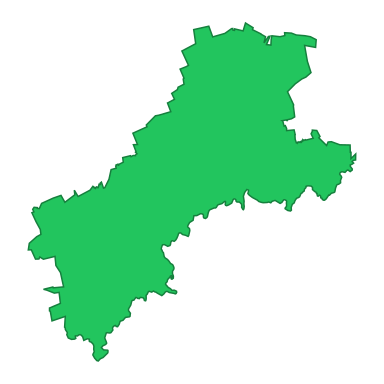 outline of Dr Kenneth Kaunda, North West, South Africa
{"feature_id": "47623444B93741575558004", "entity_name": "Dr Kenneth Kaunda", "entity_type": "district", "adm_level": 2, "iso_a3": "ZAF", "parent_name": "South Africa", "parent_adm1": "North West", "projection": "natural_earth1", "projection_center": [26.683, -26.884], "detail": "fine", "context": "isolated", "style": "filled", "palette": "green", "viewbox_px": 384, "rotation_deg": 0, "n_neighbors": 0, "source": "geoboundaries", "source_scale": "gbopen_adm2", "svg_char_len": 5996}
<svg xmlns="http://www.w3.org/2000/svg" viewBox="0 0 384 384"><path d="M224.9,33.4L212.7,36.9L208.8,26.2L193.7,29.6L195.7,43.7L181.9,51.0L188.5,65.4L186.1,66.7L180.1,69.1L184.0,78.2L183.2,79.0L184.0,84.2L178.1,87.2L177.4,89.6L171.7,93.4L174.5,99.3L167.5,103.0L170.8,111.7L158.8,115.2L155.4,115.8L146.3,125.0L147.0,126.8L132.9,133.2L137.5,144.5L133.4,144.7L136.1,151.8L135.5,152.2L137.0,153.8L135.0,155.4L135.1,155.6L133.2,155.5L131.0,156.7L130.5,155.7L122.7,157.6L123.3,162.2L118.4,164.6L118.8,165.8L117.9,164.2L116.1,165.0L116.4,165.7L115.7,166.1L116.2,168.2L111.1,169.6L109.0,179.2L104.8,187.7L103.5,188.1L101.4,182.1L100.2,183.1L100.2,184.4L99.1,184.2L98.2,187.5L97.0,187.0L96.9,187.5L96.2,187.1L95.3,188.5L94.0,187.7L94.3,187.3L92.9,186.3L90.0,190.2L78.1,196.5L74.3,190.2L74.8,194.8L64.9,202.3L61.0,195.4L53.2,198.1L41.6,203.4L39.3,208.6L37.3,208.4L37.3,207.6L34.1,207.3L32.7,209.3L33.9,211.9L31.9,212.7L36.0,221.6L40.3,229.5L40.9,234.4L36.7,236.7L29.3,243.3L28.3,249.9L31.3,249.8L35.5,259.1L38.9,259.0L39.8,257.0L43.4,259.2L55.0,256.4L55.9,265.5L60.5,272.6L63.6,286.9L53.2,287.8L52.9,287.0L43.5,289.3L46.7,290.1L54.3,293.1L59.1,292.4L60.4,303.4L49.5,308.0L49.5,310.9L50.3,311.3L52.0,320.9L65.3,316.4L64.6,327.2L65.1,327.5L65.4,329.6L67.2,332.4L67.3,333.0L66.8,334.7L68.3,338.0L71.5,339.4L74.6,339.1L75.8,338.4L75.3,336.8L75.4,335.9L77.6,335.9L78.6,335.0L80.0,334.6L81.3,335.2L82.7,336.8L83.8,340.4L87.2,338.8L89.4,339.2L89.2,340.9L89.5,341.5L91.3,342.2L93.3,344.4L93.9,346.4L93.7,349.2L94.2,351.7L93.0,354.2L92.9,355.0L94.6,358.1L96.8,360.6L98.3,361.0L100.3,358.8L103.1,357.5L107.6,353.1L107.9,352.4L108.0,350.7L107.7,350.2L103.6,349.9L101.4,347.6L102.9,345.8L105.6,344.5L106.6,343.4L106.5,342.4L104.7,337.9L106.3,332.9L106.9,332.7L109.9,333.0L111.0,332.6L112.9,330.0L112.5,328.4L112.7,327.3L114.4,325.7L115.5,325.5L116.2,326.5L117.6,326.7L119.2,324.3L120.0,321.6L120.3,321.2L123.0,320.3L125.5,317.4L129.5,316.8L130.0,316.4L130.4,313.2L128.6,310.8L128.5,309.0L130.8,305.0L131.7,301.3L132.3,300.4L133.9,300.1L135.8,297.5L136.6,297.6L137.7,298.4L139.4,298.6L140.2,297.5L140.9,297.4L143.3,297.9L143.9,298.7L144.4,300.5L145.6,300.8L146.0,300.0L146.2,298.2L146.1,295.4L147.4,293.9L148.1,292.1L149.1,291.3L151.7,292.1L153.5,291.0L154.8,291.9L156.1,292.2L157.1,293.0L161.8,295.6L163.8,294.0L165.4,291.9L166.5,291.4L167.7,291.6L169.2,292.5L174.0,293.4L175.3,293.9L176.1,293.5L176.7,292.3L176.5,291.2L174.4,290.2L171.9,290.3L170.5,288.7L168.2,287.4L165.6,284.3L165.8,283.1L167.1,281.8L167.6,279.6L170.1,276.9L170.4,276.1L171.4,275.7L171.9,276.2L171.9,277.1L171.0,278.2L171.3,279.0L172.0,279.2L173.3,278.2L173.4,276.1L172.5,273.7L172.5,271.7L172.6,271.1L173.8,269.2L174.0,268.0L173.5,266.3L172.6,264.6L170.6,263.5L168.5,260.5L167.0,259.1L165.2,258.0L164.2,256.6L163.4,252.6L162.5,251.7L162.0,250.1L161.3,249.2L161.3,248.3L162.2,245.4L162.7,244.7L164.7,244.7L167.7,246.3L170.0,245.5L170.5,244.4L170.8,242.2L171.7,240.9L172.3,240.7L174.2,241.3L175.6,240.2L176.7,238.5L178.0,235.5L178.4,234.0L179.1,233.0L180.7,232.9L182.5,234.5L185.6,235.3L188.1,236.4L188.7,235.5L189.8,230.7L189.6,228.9L189.1,228.2L188.1,227.5L187.7,226.5L187.8,225.7L189.6,222.5L193.1,220.3L193.9,215.7L196.8,215.6L200.5,213.7L202.1,213.9L202.8,214.2L203.4,215.1L203.4,217.0L203.8,217.9L205.4,218.5L206.7,217.7L207.4,216.7L208.3,212.6L209.1,210.6L209.8,209.8L214.0,208.0L215.4,208.0L216.3,207.4L217.4,205.5L218.2,204.7L222.0,203.6L224.5,201.5L225.3,201.4L225.6,201.9L225.2,204.5L225.6,205.3L226.7,205.7L228.7,204.9L231.7,203.1L233.2,199.5L234.1,198.9L234.9,199.0L235.9,199.8L236.0,201.1L236.9,202.0L239.5,202.1L241.4,204.0L241.7,205.5L241.6,207.3L242.9,209.5L243.4,209.7L243.9,208.8L244.2,206.5L243.9,203.7L244.1,201.2L243.4,196.3L244.6,192.6L246.8,189.5L248.5,190.1L248.5,190.8L247.9,193.6L249.3,195.2L252.4,197.5L257.4,200.2L258.8,201.5L261.2,202.3L263.1,202.7L267.2,202.5L268.6,202.0L270.8,202.8L272.1,201.3L275.1,200.4L280.1,203.4L281.8,202.5L283.6,199.9L284.5,199.7L285.5,200.1L286.3,200.6L286.6,201.2L286.4,203.2L286.6,205.1L286.4,206.6L285.3,207.7L285.1,208.7L287.8,210.5L290.5,211.0L291.4,210.2L291.2,207.5L292.3,204.3L294.2,202.9L295.0,200.6L296.2,198.8L297.1,198.0L298.4,197.6L299.6,196.8L301.0,193.5L302.3,192.8L302.9,191.9L304.2,191.0L304.5,189.1L305.8,187.8L306.0,187.3L305.9,186.5L306.2,186.2L308.2,185.8L311.2,186.1L312.5,187.4L312.5,189.6L314.9,191.7L315.8,192.0L316.5,193.4L317.1,193.5L317.0,194.3L317.5,196.0L318.4,196.1L319.1,195.3L319.7,195.2L320.5,195.9L320.8,197.9L322.0,198.3L322.3,199.5L323.5,200.2L324.6,200.2L326.2,198.9L328.8,195.0L329.5,195.2L331.3,193.3L334.0,192.5L334.8,191.9L335.6,187.9L336.7,185.1L337.2,184.6L338.7,184.2L340.6,182.8L340.5,180.4L341.7,177.3L341.2,176.1L339.7,174.3L339.7,173.7L340.3,172.5L341.9,171.7L345.0,172.4L346.9,170.4L347.9,170.0L350.2,171.6L352.2,170.1L352.3,169.0L350.3,166.4L350.2,165.0L351.8,164.4L353.6,163.1L352.1,161.6L353.4,160.3L355.6,160.0L355.7,154.0L351.0,158.6L351.0,152.3L350.3,152.3L350.1,145.0L339.9,144.8L331.4,141.7L328.1,142.0L326.6,145.5L318.8,137.8L320.0,136.5L316.8,130.5L312.3,130.1L312.3,131.3L311.1,133.8L313.2,138.3L305.8,140.1L305.4,139.7L304.8,140.1L303.6,139.9L303.3,140.1L303.5,140.6L302.6,140.8L302.5,140.5L302.4,140.9L302.1,140.8L302.1,141.4L301.5,142.1L301.3,141.7L300.7,142.2L300.5,141.7L299.6,142.3L298.9,141.8L297.9,142.6L297.6,142.4L297.5,142.8L297.3,142.5L296.4,142.9L295.2,139.4L294.9,134.8L295.2,134.7L294.1,129.9L286.6,130.6L286.6,128.4L285.3,125.6L284.1,126.1L282.7,120.9L282.3,120.7L286.0,120.0L287.6,121.0L286.7,119.9L291.5,118.8L294.7,116.9L293.4,106.3L293.6,104.8L287.5,91.7L295.3,83.8L301.8,79.0L305.9,77.1L311.0,72.6L307.4,61.4L304.6,45.4L315.6,47.4L316.2,39.7L310.4,36.7L304.8,35.7L296.3,35.0L291.4,33.1L284.6,32.7L284.8,35.6L282.7,36.1L280.0,36.7L271.9,35.8L271.2,39.4L270.9,45.1L266.5,44.6L270.0,36.2L268.4,36.5L264.0,42.9L265.5,36.7L261.0,34.2L261.0,33.9L252.5,29.7L253.1,27.7L245.5,23.0L243.1,30.9L234.7,28.9L234.5,30.4L233.0,30.2L232.8,28.5L231.6,28.6L224.9,33.4Z" fill="#22c55e" stroke="#15803d" stroke-width="1.5"/></svg>